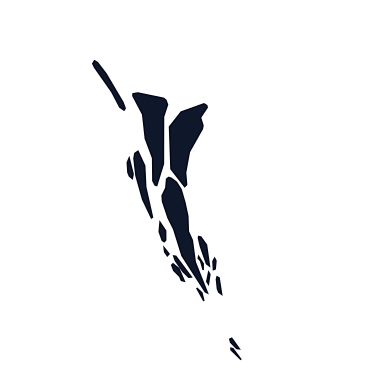 Essequibo I./L.B.E.River, Essequibo Islands-West Demerara, Guyana (Equal Earth projection), rotated 323°
{"feature_id": "73187651B51062108887281", "entity_name": "Essequibo I./L.B.E.River", "entity_type": "district", "adm_level": 2, "iso_a3": "GUY", "parent_name": "Guyana", "parent_adm1": "Essequibo Islands-West Demerara", "projection": "equal_earth", "projection_center": [-58.518, 6.771], "detail": "medium", "context": "isolated", "style": "filled", "palette": "ink", "viewbox_px": 384, "rotation_deg": 323, "n_neighbors": 0, "source": "geoboundaries", "source_scale": "gbopen_adm2", "svg_char_len": 1974}
<svg xmlns="http://www.w3.org/2000/svg" viewBox="0 0 384 384"><g transform="rotate(323 192 192)"><path d="M255.8,131.8L254.6,128.8L231.4,121.6L213.3,126.4L189.1,160.9L189.4,183.3L192.1,182.9L198.5,172.7L214.0,158.4L238.2,147.8L240.7,145.6L243.6,137.6L255.0,133.6L255.8,131.8ZM185.5,174.7L183.6,168.3L182.1,166.3L179.5,166.4L173.6,173.0L166.0,176.9L162.8,181.8L157.3,198.3L155.1,210.5L145.7,236.8L142.5,279.7L143.6,281.9L152.4,249.9L163.2,230.7L165.3,221.3L174.1,208.8L180.0,196.1L184.8,183.4L185.5,174.7ZM225.7,100.1L208.3,80.3L204.0,78.1L202.7,79.6L199.3,100.4L186.9,121.2L181.0,141.2L167.5,159.5L166.7,164.1L167.7,165.6L186.1,152.3L214.5,114.8L225.0,107.5L226.4,103.0L225.7,100.1ZM173.4,126.9L169.6,126.8L165.9,130.2L157.1,145.2L148.1,168.3L144.0,188.3L145.3,188.3L158.0,160.2L170.0,142.6L173.4,126.9ZM194.4,31.7L193.1,28.5L190.0,29.8L189.2,33.9L188.2,63.8L185.4,80.8L187.0,85.7L189.0,84.9L190.8,78.8L194.5,45.9L194.4,31.7ZM172.0,233.3L170.5,231.6L169.4,232.7L166.0,240.4L160.4,258.0L161.4,261.6L171.7,243.0L172.0,233.3ZM140.3,259.5L140.4,233.6L138.9,232.1L137.4,236.8L136.9,250.2L138.1,258.1L140.3,259.5ZM148.2,197.0L141.9,204.0L139.1,212.8L139.9,215.0L142.0,214.6L147.6,207.1L148.2,197.0ZM162.2,127.1L158.1,129.5L152.6,137.8L151.6,141.5L152.4,145.3L155.7,142.3L162.2,127.1ZM135.4,245.2L133.6,237.9L131.8,238.2L130.2,243.7L131.4,252.1L130.3,256.2L132.2,258.6L135.4,245.2ZM161.9,276.9L161.0,274.8L159.0,276.4L154.1,284.5L153.1,288.1L154.1,291.5L161.9,276.9ZM135.7,332.7L133.6,332.3L132.4,335.4L133.5,343.9L135.4,345.7L135.7,332.7ZM139.2,278.5L138.0,271.5L135.9,286.2L139.2,278.5ZM157.0,266.1L149.9,272.4L149.7,275.4L156.7,268.5L157.0,266.1ZM170.2,258.5L167.0,260.0L162.4,266.9L164.2,267.4L169.7,261.4L170.2,258.5ZM130.4,341.7L129.0,340.2L128.2,341.7L130.3,355.5L130.4,341.7ZM158.5,247.5L157.1,248.7L157.4,252.2L154.0,261.0L157.8,256.0L158.5,247.5ZM136.4,227.6L136.2,219.8L134.1,223.4L133.9,228.1L136.4,227.6Z" fill="#0f172a" stroke="#020617" stroke-width="1.5"/></g></svg>